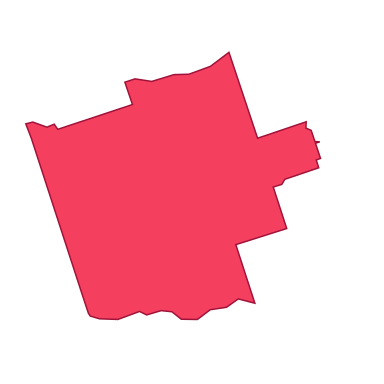 Pike, Alabama, United States of America, rotated 72°
{"feature_id": "52423323B73218040263092", "entity_name": "Pike", "entity_type": "district", "adm_level": 2, "iso_a3": "USA", "parent_name": "United States of America", "parent_adm1": "Alabama", "projection": "equal_earth", "projection_center": [-85.928, 31.839], "detail": "fine", "context": "isolated", "style": "filled", "palette": "rose", "viewbox_px": 384, "rotation_deg": 72, "n_neighbors": 0, "source": "geoboundaries", "source_scale": "gbopen_adm2", "svg_char_len": 685}
<svg xmlns="http://www.w3.org/2000/svg" viewBox="0 0 384 384"><g transform="rotate(72 192 192)"><path d="M160.5,61.7L161.1,113.0L70.6,113.7L78.2,135.7L79.0,158.7L74.8,172.8L74.4,196.1L66.8,211.2L66.8,221.9L90.4,221.6L90.9,300.3L84.9,302.1L85.5,309.9L76.3,321.8L75.8,329.0L91.5,328.2L256.5,328.1L275.4,328.0L278.6,327.1L284.0,319.2L290.3,301.9L289.4,278.8L294.9,273.1L295.3,258.0L299.7,248.1L309.7,241.5L314.9,226.3L309.6,211.0L312.3,194.8L308.0,181.1L317.2,166.6L255.6,166.6L256.0,113.2L212.4,113.2L212.5,104.2L208.6,99.8L208.1,64.0L199.9,63.9L199.8,59.4L183.8,59.5L183.8,55.0L182.0,59.5L170.2,59.6L166.4,63.9L160.5,61.7Z" fill="#f43f5e" stroke="#9f1239" stroke-width="1.5"/></g></svg>